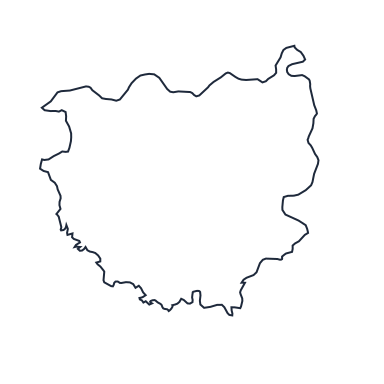 the border of Komoé, rotated 346°
{"feature_id": "BFA-2836", "entity_name": "Komoé", "entity_type": "Province", "adm_level": 1, "iso_a3": "BFA", "parent_name": "Burkina Faso", "parent_adm1": "", "projection": "albers", "projection_center": [-4.486, 10.237], "detail": "fine", "context": "isolated", "style": "outline", "palette": "slate", "viewbox_px": 384, "rotation_deg": 346, "n_neighbors": 0, "source": "natural_earth", "source_scale": "10m", "svg_char_len": 3685}
<svg xmlns="http://www.w3.org/2000/svg" viewBox="0 0 384 384"><g transform="rotate(346 192 192)"><path d="M58.0,197.8L55.7,197.6L55.5,196.7L56.2,195.5L56.7,194.5L56.7,183.6L55.3,180.6L55.2,180.5L60.3,176.6L60.2,172.7L61.1,169.5L63.0,166.4L63.5,163.9L62.3,157.0L62.4,153.7L61.1,149.8L58.0,146.1L57.1,137.9L53.1,135.7L50.2,132.6L52.1,128.2L54.4,124.1L56.4,125.2L60.7,125.7L66.6,123.7L72.2,122.5L75.9,121.3L79.1,122.5L81.5,122.8L83.8,119.4L86.8,113.4L88.0,109.8L88.9,105.9L88.6,98.7L86.9,92.4L88.2,88.1L88.7,83.8L85.4,81.1L82.3,81.8L79.3,80.4L74.2,79.2L68.8,77.0L66.7,73.9L76.9,69.9L85.6,62.8L89.4,62.5L98.0,64.0L114.7,63.9L117.3,64.9L118.8,66.3L119.9,69.1L125.3,75.9L127.4,79.3L130.9,80.9L136.2,82.7L140.6,85.1L144.4,84.8L154.6,77.2L156.1,75.2L159.7,71.8L165.1,68.4L170.1,66.5L174.8,66.6L179.0,67.0L183.8,68.7L187.9,73.3L192.8,86.0L195.1,89.4L198.0,90.7L203.1,91.1L214.5,94.6L216.2,96.1L217.5,98.4L219.3,100.2L222.4,100.1L232.9,94.3L234.7,92.8L239.6,90.4L247.8,87.7L253.4,85.1L255.7,84.8L257.5,85.8L262.0,90.9L264.5,93.3L267.2,94.9L271.6,96.4L282.9,98.4L286.9,102.7L290.5,102.4L293.3,100.7L299.8,98.6L302.5,96.7L303.3,93.3L303.7,89.5L310.5,82.8L312.7,79.1L315.1,76.3L318.4,75.0L326.7,74.9L326.6,76.5L328.4,79.5L331.4,82.5L333.1,86.8L333.8,90.8L331.1,92.4L320.1,92.2L316.1,93.1L314.4,94.6L313.6,96.4L313.4,98.6L314.3,101.1L316.5,103.3L319.6,104.3L327.1,105.2L329.3,106.9L332.8,111.1L333.1,112.6L332.8,115.9L332.2,117.8L331.9,120.0L331.6,137.3L332.3,142.8L332.2,146.1L331.4,146.9L329.7,148.1L327.7,150.4L326.4,154.7L324.3,159.4L318.7,166.4L317.8,168.0L316.8,169.3L316.9,172.6L318.5,175.5L319.3,178.2L320.6,184.9L322.0,188.4L322.4,191.8L321.0,195.2L314.9,203.9L311.3,211.5L309.2,214.3L302.9,217.7L294.5,220.3L289.9,220.2L284.1,218.9L279.8,219.1L278.2,222.2L276.0,228.5L275.4,231.3L277.2,236.5L288.5,245.5L294.3,251.7L294.8,255.5L294.8,258.7L294.7,259.8L291.1,260.9L283.8,265.7L279.6,266.8L276.7,268.3L275.9,271.6L274.6,274.3L268.4,274.4L266.8,275.0L263.8,276.4L263.6,277.0L263.5,278.0L263.1,278.9L261.9,279.2L260.8,278.9L258.7,277.7L247.6,274.5L244.3,274.9L240.7,277.5L235.2,285.5L231.6,287.5L224.2,288.4L220.8,289.6L218.2,292.0L219.1,292.2L221.4,292.9L215.5,299.2L214.4,301.0L214.4,302.7L215.0,307.4L214.5,309.9L211.9,314.9L210.7,316.4L205.4,314.2L202.4,313.4L201.8,316.5L201.8,319.7L201.2,321.5L198.5,320.3L197.2,318.1L195.5,311.6L193.7,308.7L189.0,307.6L182.0,307.9L175.7,307.3L172.9,303.2L173.3,299.5L175.2,294.4L175.7,291.0L175.2,290.0L174.0,289.4L172.5,289.1L169.0,289.1L168.4,289.5L168.2,290.3L167.6,291.6L166.6,294.3L166.5,297.0L165.8,299.0L163.0,299.8L160.7,299.0L157.9,294.8L155.7,293.0L153.2,295.6L150.8,296.8L148.4,297.1L145.6,297.1L145.8,297.6L145.1,298.8L143.8,300.1L142.2,301.2L140.6,301.9L140.5,301.7L140.5,301.0L139.5,299.8L136.9,298.7L135.9,297.9L135.4,296.4L135.2,294.3L134.4,293.0L132.2,291.0L131.1,289.6L130.4,288.5L129.5,287.8L127.4,287.5L125.5,287.8L124.8,288.4L125.1,289.3L126.2,290.4L123.3,290.9L120.7,286.8L118.1,287.5L117.5,285.9L117.2,285.1L115.4,283.6L115.4,282.1L117.3,282.2L119.0,282.0L122.1,280.9L120.3,277.6L119.3,273.1L117.7,270.1L114.0,271.3L112.7,267.2L109.9,264.7L106.1,263.5L101.5,263.2L99.9,262.7L99.2,261.8L98.3,260.9L96.1,260.4L94.6,261.3L93.6,263.1L92.4,264.4L90.8,263.8L85.0,258.4L84.8,256.2L87.6,248.1L87.2,246.8L85.1,242.2L82.9,239.3L82.1,237.3L86.2,237.2L86.9,234.5L85.6,230.9L83.4,227.8L81.1,226.3L78.5,225.1L76.4,223.2L75.4,219.6L73.5,221.2L71.2,222.2L69.0,221.9L67.5,219.6L70.1,218.3L68.8,217.9L67.7,217.4L66.4,217.0L64.8,217.0L66.6,215.3L71.1,213.8L70.8,212.2L65.9,208.9L64.7,206.9L66.0,203.3L60.8,203.5L60.9,201.4L62.6,197.8L62.1,193.7L61.5,195.0L60.6,196.3L59.4,197.3L58.0,197.8Z" fill="none" stroke="#1e293b" stroke-width="2"/></g></svg>